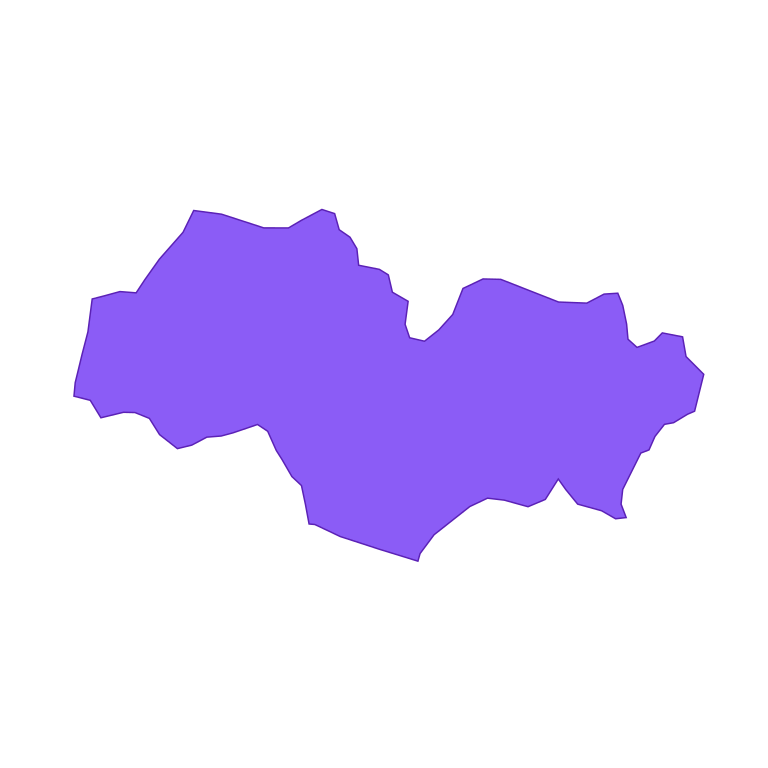 Alvesta, Kronoberg, Sweden (Equal Earth projection), rotated 288°
{"feature_id": "70781695B73042132081687", "entity_name": "Alvesta", "entity_type": "district", "adm_level": 2, "iso_a3": "SWE", "parent_name": "Sweden", "parent_adm1": "Kronoberg", "projection": "equal_earth", "projection_center": [14.526, 56.874], "detail": "fine", "context": "isolated", "style": "filled", "palette": "violet", "viewbox_px": 768, "rotation_deg": 288, "n_neighbors": 0, "source": "geoboundaries", "source_scale": "gbopen_adm2", "svg_char_len": 1316}
<svg xmlns="http://www.w3.org/2000/svg" viewBox="0 0 768 768"><g transform="rotate(288 384 384)"><path d="M226.0,471.0L233.9,470.7L256.1,478.2L276.2,491.6L294.0,503.5L307.4,517.7L310.7,534.2L311.8,558.9L324.1,573.1L347.5,579.1L339.7,589.6L329.6,605.3L330.7,630.1L327.4,645.9L331.8,655.6L343.0,646.6L357.5,643.6L397.7,649.6L403.2,656.4L417.8,657.9L432.3,663.2L436.7,671.4L449.0,682.0L454.1,687.8L492.0,685.1L503.4,662.8L521.1,653.4L518.6,632.9L508.4,627.8L497.0,613.3L502.0,602.2L516.0,596.2L532.5,586.8L535.5,584.3L542.6,578.3L537.5,565.5L523.6,551.9L515.9,524.7L519.6,462.7L514.5,445.7L499.3,429.6L471.4,427.9L452.4,419.4L437.2,409.3L435.9,394.1L447.3,385.6L470.1,381.4L473.9,363.6L489.1,354.4L491.6,344.2L489.1,323.2L504.3,316.4L513.1,306.3L516.9,293.7L530.8,284.4L530.8,271.0L514.3,255.0L502.9,244.9L495.3,221.4L495.3,177.0L490.2,149.4L466.2,146.0L433.3,131.8L409.3,124.3L394.1,120.1L390.3,104.3L381.5,90.9L374.7,80.2L342.1,86.3L318.8,87.7L300.7,89.1L289.9,89.9L276.6,92.9L277.7,109.7L264.4,125.2L276.6,145.0L279.9,156.0L278.8,171.5L266.5,186.2L258.7,207.5L266.5,220.1L278.7,231.9L284.2,245.2L290.9,255.5L306.4,276.2L303.1,288.0L287.5,302.1L280.8,310.2L267.5,325.0L261.9,336.9L245.2,346.5L227.7,356.0L229.0,361.6L225.4,389.6L225.4,431.0L226.0,471.0Z" fill="#8b5cf6" stroke="#5b21b6" stroke-width="1.5"/></g></svg>